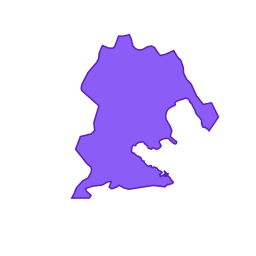 Sevan, Gegharkunik, Armenia, rotated 35°
{"feature_id": "60910142B53261358782492", "entity_name": "Sevan", "entity_type": "district", "adm_level": 2, "iso_a3": "ARM", "parent_name": "Armenia", "parent_adm1": "Gegharkunik", "projection": "mercator", "projection_center": [45.001, 40.541], "detail": "fine", "context": "isolated", "style": "filled", "palette": "violet", "viewbox_px": 256, "rotation_deg": 35, "n_neighbors": 0, "source": "geoboundaries", "source_scale": "gbopen_adm2", "svg_char_len": 5769}
<svg xmlns="http://www.w3.org/2000/svg" viewBox="0 0 256 256"><g transform="rotate(35 128 128)"><path d="M122.1,217.7L136.4,207.6L136.4,204.4L130.9,203.7L127.8,202.1L132.5,195.8L139.5,189.6L142.6,183.3L145.0,181.7L146.5,187.2L149.6,187.2L152.8,182.5L153.5,180.1L159.0,179.4L163.7,177.8L181.7,160.5L191.9,155.1L191.9,154.9L192.3,154.5L192.3,154.4L192.1,153.9L192.1,153.7L192.6,152.9L192.7,152.7L192.5,152.2L192.5,151.9L192.6,151.5L192.7,151.3L192.9,151.2L193.2,151.1L193.7,151.1L194.0,151.1L194.2,150.9L194.3,150.7L194.5,150.1L194.7,149.8L195.8,148.5L196.2,147.7L196.3,147.4L196.3,147.0L196.2,146.7L195.9,146.3L195.7,146.1L195.4,146.1L194.5,146.0L194.3,146.0L194.1,146.1L193.4,146.2L193.1,146.1L192.9,146.0L192.5,145.5L192.3,145.1L192.0,144.9L191.8,144.8L191.3,144.8L191.0,144.9L190.4,144.8L190.1,144.7L189.4,144.3L189.1,144.2L188.9,144.2L188.4,144.4L187.9,145.0L187.4,145.5L187.2,145.7L186.9,145.5L187.0,145.3L187.5,144.8L187.8,144.3L187.8,144.2L187.7,144.0L187.6,143.9L186.7,144.2L186.3,144.3L186.1,144.2L186.0,143.8L186.1,143.7L186.6,143.4L187.1,142.8L187.2,142.7L187.1,142.4L186.8,142.5L186.1,143.1L185.7,143.5L185.5,143.9L185.4,144.4L185.4,144.6L185.4,144.9L185.8,145.5L185.9,146.0L185.8,146.3L185.7,146.5L185.2,146.6L184.8,146.4L184.7,146.3L184.6,145.9L184.6,145.4L184.7,144.8L184.9,144.3L184.9,144.0L184.9,143.7L184.7,143.2L184.7,142.8L184.7,142.7L183.5,142.5L183.1,142.5L182.8,142.4L182.7,142.4L182.6,142.5L183.1,143.1L183.4,143.2L184.0,143.3L184.5,143.6L184.6,143.8L184.7,144.0L184.7,144.3L184.6,144.7L184.0,145.5L183.6,146.4L183.4,146.8L183.4,147.3L183.2,148.1L182.8,148.8L182.6,149.0L182.3,149.1L182.0,148.9L182.0,148.6L181.9,148.4L181.6,148.1L181.5,147.9L181.3,147.9L180.6,148.0L180.5,147.8L180.5,147.6L180.5,147.4L180.9,147.0L181.0,146.5L181.1,146.1L181.4,145.4L181.5,145.0L181.4,144.8L181.2,144.6L180.7,144.6L179.4,144.6L179.0,144.7L178.7,144.8L177.5,145.0L176.9,145.3L176.8,145.2L176.6,145.0L176.4,144.8L175.5,144.7L175.4,144.6L175.2,144.4L174.5,144.3L174.0,144.3L173.8,144.4L173.6,144.6L172.4,144.7L172.0,144.8L171.5,145.2L171.3,145.9L171.2,146.1L171.0,146.3L170.7,146.4L170.1,146.4L169.7,146.4L169.5,146.2L169.4,146.1L169.1,145.6L168.8,145.5L168.6,146.0L168.3,146.1L167.6,146.2L167.4,146.4L167.4,146.7L167.4,147.1L167.2,147.4L167.0,147.5L166.8,147.7L166.1,147.7L165.7,147.7L165.0,147.7L163.8,147.6L161.6,147.2L160.8,146.6L160.1,145.9L159.8,145.9L159.5,146.3L159.1,146.6L158.7,146.6L158.1,146.5L157.7,146.2L155.9,145.2L155.1,144.8L154.9,144.8L154.7,145.0L154.4,145.2L153.9,145.2L153.1,145.0L152.9,145.1L152.1,145.7L151.8,145.8L151.0,145.7L149.3,145.4L148.3,145.4L147.9,145.3L147.6,145.2L147.2,145.1L146.9,145.2L146.0,145.8L145.4,146.0L145.2,145.9L144.9,145.6L144.2,144.7L143.5,143.9L143.0,143.1L142.9,142.5L142.7,142.1L142.3,141.1L142.2,140.7L142.2,140.2L142.2,139.7L142.4,139.1L142.6,138.7L143.0,138.4L143.9,138.4L144.2,138.3L144.3,138.0L144.4,137.7L144.2,137.0L144.0,136.7L144.0,136.3L144.1,135.8L144.4,135.1L144.7,134.5L145.1,133.9L145.4,133.4L145.8,133.0L148.2,130.8L148.7,130.6L149.1,130.6L149.5,130.7L149.8,130.9L150.3,131.4L150.5,131.5L150.8,131.5L150.9,131.3L151.2,131.1L151.7,131.1L152.5,131.2L152.7,131.4L152.9,131.6L153.2,131.7L153.6,131.7L154.0,131.6L154.5,131.7L155.0,131.8L155.3,132.1L155.7,132.6L155.9,132.8L156.2,132.9L156.4,132.9L157.4,132.5L158.1,132.2L158.8,132.1L159.1,132.0L159.5,131.8L159.6,131.5L159.2,130.9L159.2,130.7L159.3,130.4L159.5,130.1L159.8,129.9L160.0,129.8L160.6,129.6L162.5,129.5L162.9,129.4L164.0,128.6L164.3,128.4L164.5,128.1L165.3,125.8L165.5,124.7L165.5,124.1L165.3,123.7L165.0,123.3L164.5,123.0L163.4,122.7L162.1,121.9L161.6,121.6L161.3,121.4L161.2,121.1L161.2,120.7L161.7,119.6L162.0,118.7L162.4,117.9L163.1,116.8L164.1,115.7L166.3,113.9L166.7,113.6L167.1,113.4L167.6,113.4L168.1,113.5L169.3,113.9L169.8,114.0L170.7,114.2L171.7,114.2L172.9,114.3L174.5,114.3L175.3,114.2L175.8,114.0L176.1,113.8L176.3,113.5L176.4,113.2L176.3,112.5L176.1,112.0L175.7,111.4L175.5,111.1L174.6,111.3L173.3,111.3L169.1,110.8L168.3,110.7L167.9,110.6L167.5,110.3L167.3,110.1L167.1,109.8L166.9,109.0L165.7,105.7L165.5,105.2L165.2,104.9L163.7,103.8L161.6,102.5L159.9,101.6L157.9,100.8L156.5,100.2L155.5,99.6L154.5,99.1L153.9,98.6L153.4,98.2L152.4,97.0L151.9,96.4L151.5,95.6L150.6,93.2L150.3,92.4L150.1,90.9L150.1,90.3L150.2,89.2L150.3,88.5L150.6,87.8L151.5,85.9L152.0,84.8L152.3,84.2L152.5,83.9L153.0,83.2L153.2,82.8L153.3,82.5L153.4,82.2L153.4,81.9L153.3,81.4L153.2,81.3L152.4,81.1L152.2,80.9L152.1,80.7L152.0,80.2L152.1,79.5L152.2,79.0L152.4,78.5L152.8,77.8L153.9,76.1L156.7,72.5L157.2,71.7L157.9,70.9L158.2,70.5L158.8,70.1L159.1,69.9L159.8,69.8L160.8,69.8L161.2,69.9L162.0,70.1L163.0,70.7L163.3,70.8L163.8,71.2L164.3,71.3L164.8,71.4L165.3,71.5L166.6,71.8L167.0,71.9L167.4,72.2L167.9,72.6L169.2,73.2L171.0,74.2L171.4,74.4L171.8,74.6L172.0,74.6L174.6,76.6L175.3,76.9L175.7,77.2L176.1,77.4L176.5,77.5L178.0,77.8L178.7,78.0L179.8,78.1L180.9,78.5L181.4,78.7L182.6,79.0L183.5,79.5L183.8,79.6L184.2,80.1L184.8,80.9L184.9,81.2L185.3,81.7L185.6,81.8L185.9,82.3L186.3,82.7L186.8,83.1L188.4,84.1L188.7,84.3L188.9,84.3L189.5,84.1L190.3,83.8L190.9,83.3L191.7,83.2L192.5,83.2L193.1,83.3L193.7,83.5L194.5,83.4L195.2,83.4L196.0,83.8L195.8,67.1L182.0,59.5L176.1,65.5L165.6,62.3L154.5,55.8L147.9,54.4L142.1,51.2L138.5,46.7L132.4,42.2L127.8,41.5L121.0,38.3L116.4,46.2L113.2,49.8L111.2,49.8L103.6,46.9L100.2,47.3L97.2,50.5L95.0,55.2L92.2,57.8L89.0,58.7L85.0,58.0L79.9,53.5L75.6,50.8L71.1,55.8L67.6,58.1L70.3,68.5L69.8,71.4L66.0,73.7L59.7,75.1L61.3,82.8L64.2,88.2L64.7,92.7L63.4,105.4L65.2,118.7L66.8,122.3L68.8,123.9L91.4,126.5L97.0,143.3L102.2,149.1L101.3,153.9L93.9,162.3L97.3,175.5L114.6,180.7L119.8,181.2L121.8,182.7L123.2,185.6L123.9,191.9L121.2,197.3L120.1,206.7L121.5,213.0L122.1,217.7Z" fill="#8b5cf6" stroke="#5b21b6" stroke-width="1.5"/></g></svg>